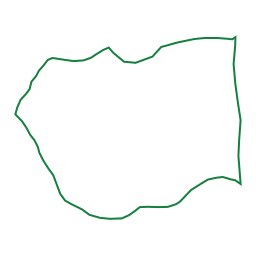 Astara District, Astara, Azerbaijan
{"feature_id": "54616110B5213879595332", "entity_name": "Astara District", "entity_type": "district", "adm_level": 2, "iso_a3": "AZE", "parent_name": "Azerbaijan", "parent_adm1": "Astara", "projection": "robinson", "projection_center": [48.695, 38.514], "detail": "fine", "context": "isolated", "style": "outline", "palette": "green", "viewbox_px": 256, "rotation_deg": 0, "n_neighbors": 0, "source": "geoboundaries", "source_scale": "gbopen_adm2", "svg_char_len": 964}
<svg xmlns="http://www.w3.org/2000/svg" viewBox="0 0 256 256"><path d="M108.7,47.6L103.1,50.0L96.8,53.9L90.9,57.8L83.6,60.4L73.5,61.1L62.4,59.5L52.6,58.0L47.8,59.9L43.1,66.0L38.8,70.8L36.3,75.8L31.5,81.6L29.5,89.4L25.9,94.0L20.6,99.8L17.3,107.4L16.1,111.6L15.4,114.4L22.0,121.2L26.6,128.1L30.2,134.9L34.3,140.0L37.9,147.0L39.3,152.7L43.4,160.7L48.6,168.8L53.3,175.3L60.2,193.8L65.1,200.6L72.1,204.5L81.9,209.3L89.4,214.8L100.3,217.9L110.2,218.8L121.8,218.4L129.0,215.2L134.9,211.0L139.9,207.1L147.8,206.8L157.8,207.1L167.7,206.9L176.1,204.2L180.0,201.6L185.7,195.6L191.1,190.0L195.2,187.4L202.2,183.0L208.1,179.5L216.5,177.7L222.8,177.0L231.4,179.5L235.1,180.2L240.6,184.0L240.1,177.4L238.4,155.7L239.2,139.4L240.6,120.2L238.1,104.1L235.3,83.6L233.6,64.1L235.2,45.2L235.4,37.2L232.2,39.3L227.7,38.8L217.3,38.0L204.8,38.0L194.4,39.0L177.4,42.5L161.2,47.0L152.5,56.6L135.5,62.8L124.0,61.7L113.4,52.9L108.7,47.6Z" fill="none" stroke="#15803d" stroke-width="2"/></svg>